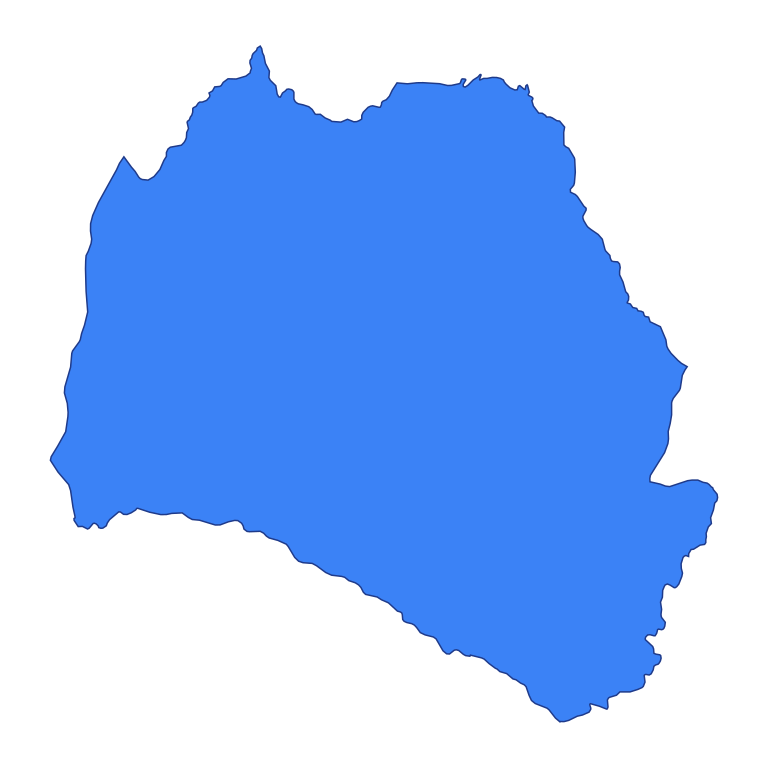 Dosquebradas, Risaralda, Colombia (Mercator projection)
{"feature_id": "7082276B1259376417396", "entity_name": "Dosquebradas", "entity_type": "district", "adm_level": 2, "iso_a3": "COL", "parent_name": "Colombia", "parent_adm1": "Risaralda", "projection": "mercator", "projection_center": [-75.67, 4.841], "detail": "fine", "context": "isolated", "style": "filled", "palette": "blue", "viewbox_px": 768, "rotation_deg": 0, "n_neighbors": 0, "source": "geoboundaries", "source_scale": "gbopen_adm2", "svg_char_len": 5992}
<svg xmlns="http://www.w3.org/2000/svg" viewBox="0 0 768 768"><path d="M560.0,721.9L560.5,721.5L564.0,721.6L568.7,720.4L577.3,716.2L582.5,715.0L589.1,712.1L590.7,709.4L590.8,708.1L589.8,705.0L589.8,704.2L590.5,703.7L599.3,706.2L606.6,709.1L607.3,708.9L608.0,707.0L607.4,700.0L608.5,698.0L609.6,697.3L616.5,695.2L619.9,691.9L630.1,691.9L637.9,689.4L642.0,687.6L643.3,686.4L645.0,682.1L644.2,675.6L644.5,674.9L645.8,674.4L649.2,675.0L651.2,673.8L653.2,669.9L653.9,666.3L655.5,665.0L658.1,664.2L659.2,663.0L660.4,660.9L661.1,658.2L660.7,655.6L659.8,654.8L655.7,654.1L653.9,653.2L653.6,648.9L652.7,646.5L645.4,639.7L645.2,638.7L645.7,637.0L647.6,635.0L650.0,634.7L654.1,635.8L655.2,635.7L656.7,633.2L657.6,629.6L658.5,629.1L661.6,629.7L662.9,629.3L663.9,628.3L664.8,626.1L665.3,622.3L661.6,617.5L661.2,616.3L661.0,614.2L661.6,609.4L660.5,602.1L662.4,597.3L662.7,590.3L664.3,586.4L665.2,584.9L667.4,584.0L670.1,585.1L674.2,587.7L675.4,587.6L676.7,586.7L678.8,584.1L681.8,576.5L682.5,573.1L681.3,568.4L681.1,563.8L683.0,557.5L684.3,556.1L685.9,555.5L688.6,556.5L688.7,553.6L691.1,549.5L693.6,549.2L700.1,545.1L704.6,544.4L705.8,542.6L705.8,539.7L706.4,536.7L706.1,533.3L708.3,526.9L711.4,523.6L710.6,517.7L713.4,510.0L714.7,503.1L716.9,500.7L717.6,497.5L717.1,494.2L713.4,489.7L712.6,487.6L711.5,487.1L709.0,484.4L707.1,483.1L703.0,482.3L697.9,480.1L691.9,480.1L687.6,480.7L669.7,486.6L665.5,486.1L660.2,484.1L650.0,481.8L649.8,478.6L650.4,475.3L664.6,452.6L667.9,443.6L668.5,438.9L668.2,431.4L670.2,423.4L671.6,414.9L671.6,402.9L672.0,401.2L673.3,398.3L679.4,390.4L680.3,388.2L682.3,375.3L685.0,369.9L687.2,366.7L681.5,363.4L677.9,360.4L671.0,353.3L668.0,348.9L666.8,346.2L665.9,339.8L660.4,326.7L650.1,321.8L648.6,317.1L645.2,316.5L644.1,315.2L643.3,312.3L641.3,311.3L638.0,310.8L636.7,308.4L632.7,307.5L630.4,304.0L627.3,303.0L627.2,302.3L628.5,300.0L628.7,296.5L627.8,294.0L625.7,291.7L623.0,282.0L619.6,274.8L619.6,271.2L620.2,267.5L619.5,263.9L617.7,261.9L613.2,261.5L611.5,260.9L610.3,258.2L609.9,255.5L605.7,251.0L605.0,249.6L602.3,239.2L598.2,234.5L590.8,229.4L587.9,227.1L586.7,225.6L583.8,220.7L582.9,218.1L582.9,216.2L586.1,210.1L586.1,208.2L583.8,206.1L577.3,196.4L575.3,194.5L570.5,192.2L570.3,189.3L573.7,185.3L574.4,183.0L575.3,172.2L574.7,159.3L574.3,157.8L568.7,148.3L565.7,146.7L563.9,144.9L563.7,132.4L564.6,127.1L559.6,121.1L556.8,120.7L552.3,117.9L550.1,117.0L546.4,117.0L545.7,115.6L542.3,113.3L538.7,113.1L533.4,106.0L531.8,100.5L532.6,99.8L532.9,98.2L531.9,97.1L528.5,95.4L528.2,94.6L529.3,92.1L527.6,85.5L527.1,84.8L525.9,85.8L525.1,89.5L524.1,89.2L519.8,85.6L518.4,86.2L517.3,89.7L514.9,90.0L510.0,87.8L505.9,84.0L504.3,82.0L503.4,80.0L500.5,78.4L496.6,77.5L492.3,77.4L487.2,78.4L483.7,78.4L479.9,80.0L479.6,79.5L479.8,78.5L481.1,75.0L480.7,74.5L480.0,74.6L478.0,76.9L473.2,80.0L467.9,85.3L465.1,87.1L463.4,86.5L463.2,85.4L463.2,84.4L465.8,80.0L465.5,79.3L464.4,79.0L462.2,78.9L461.5,79.5L460.4,82.7L459.6,83.6L451.4,85.4L447.6,85.5L439.6,83.7L423.0,82.7L416.9,82.8L407.5,83.8L397.0,82.9L392.3,90.1L389.4,96.2L386.3,99.7L382.9,101.2L381.7,102.5L381.4,104.8L380.3,107.2L379.0,107.3L372.7,105.8L370.5,106.2L368.1,107.3L363.2,112.3L361.8,115.3L361.7,119.1L359.2,120.6L356.8,121.6L353.8,121.8L347.5,119.3L340.9,122.1L331.7,121.4L330.3,120.2L325.2,118.0L320.3,114.3L316.1,114.4L315.1,114.0L312.2,109.5L308.8,106.7L303.0,104.8L298.3,103.8L296.4,102.7L295.1,101.5L293.9,99.1L293.9,92.4L293.4,91.2L291.8,89.7L288.7,89.0L286.8,89.3L285.5,90.8L282.5,93.0L280.4,97.1L278.7,96.8L277.2,94.1L275.8,85.7L270.3,80.3L268.9,77.6L269.4,71.1L265.4,63.4L263.9,55.8L262.5,52.9L261.7,48.6L260.2,46.1L257.3,48.0L256.6,50.3L253.1,53.6L252.2,55.4L251.7,58.2L250.1,60.3L249.9,63.0L251.5,68.3L250.3,71.5L250.2,72.8L245.9,76.1L236.2,79.0L228.0,78.8L223.2,82.4L221.2,85.6L219.8,86.4L214.7,86.9L212.5,90.9L209.0,93.0L209.9,95.4L209.5,97.1L206.6,100.4L202.2,102.1L199.7,102.1L198.3,103.1L196.1,106.3L193.3,107.8L192.8,108.5L192.7,112.2L191.8,115.1L190.3,117.2L189.4,119.8L187.5,121.3L187.1,122.3L188.5,128.6L186.7,132.5L186.4,137.7L185.3,140.4L184.0,142.5L181.4,145.2L170.3,147.2L168.0,149.0L166.4,152.5L166.4,156.4L163.9,160.4L159.9,169.5L154.0,176.6L148.1,180.1L142.2,179.5L140.2,178.6L138.7,177.1L135.1,171.4L131.4,167.1L123.9,156.8L119.5,163.3L116.5,169.9L98.5,202.4L92.7,215.5L90.6,223.7L90.5,231.0L91.7,239.2L91.1,243.4L88.4,251.0L86.1,255.6L85.7,260.8L85.5,268.8L86.1,291.4L87.7,312.0L84.5,325.2L81.6,333.5L80.3,339.6L79.3,341.7L72.6,350.9L71.8,353.3L70.6,367.1L64.9,386.8L64.4,392.9L67.3,403.3L68.1,412.4L67.9,416.6L65.7,431.7L57.8,445.9L51.2,456.7L50.4,460.3L58.1,472.2L68.7,484.6L70.6,490.6L73.0,507.3L74.9,516.0L75.1,517.8L74.0,518.5L74.1,520.4L78.2,526.6L82.4,526.4L87.6,529.0L89.2,528.2L93.1,523.5L94.3,523.2L96.2,523.9L98.1,525.8L98.8,527.6L100.9,528.3L102.9,528.1L106.3,525.8L107.3,523.0L109.6,519.6L118.7,511.9L120.5,512.0L123.5,514.3L127.0,514.5L131.2,512.8L135.6,510.0L136.8,508.4L137.8,508.3L149.6,512.2L160.8,514.6L166.4,514.5L171.7,513.4L182.2,512.9L188.3,517.4L192.2,519.5L199.5,520.2L215.3,525.0L220.1,524.9L228.4,521.8L234.7,520.4L237.9,520.6L241.6,523.2L243.1,525.8L244.0,529.1L247.0,531.4L249.5,531.7L260.2,531.3L263.7,533.2L266.4,536.1L269.2,538.0L277.9,540.4L286.3,544.2L288.2,546.5L294.7,557.4L298.6,561.2L303.0,562.7L312.2,563.4L316.5,565.7L325.7,572.5L331.6,575.2L341.7,576.4L344.7,577.3L348.8,580.6L355.3,582.8L358.6,584.9L360.9,587.4L363.4,592.3L365.6,594.4L377.2,597.0L381.5,599.8L388.4,602.8L397.4,611.1L400.5,612.0L401.8,613.0L402.3,614.7L402.7,619.5L404.1,621.3L406.7,622.5L411.8,623.7L414.4,625.1L416.7,627.6L420.3,632.6L425.1,634.9L433.4,637.0L436.1,638.9L443.0,650.8L446.6,653.8L449.5,654.0L454.3,650.2L456.3,649.8L458.8,650.5L463.3,654.3L465.6,655.6L469.9,656.2L470.4,655.1L481.6,657.9L484.2,659.1L489.1,663.6L495.4,668.3L496.9,668.9L499.9,671.6L506.7,673.6L512.9,678.9L516.1,679.8L520.6,683.1L524.3,684.8L526.1,686.7L529.1,695.4L531.5,700.5L535.2,703.5L547.1,708.2L549.1,709.9L555.5,718.1L560.0,721.9Z" fill="#3b82f6" stroke="#1e3a8a" stroke-width="1.5"/></svg>